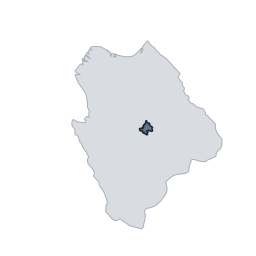 Kachia, Kaduna, Nigeria (highlighted), rotated 134°
{"feature_id": "59680162B32850327292174", "entity_name": "Kachia", "entity_type": "district", "adm_level": 2, "iso_a3": "NGA", "parent_name": "Nigeria", "parent_adm1": "Kaduna", "projection": "equal_earth", "projection_center": [7.682, 9.854], "detail": "fine", "context": "in_parent", "style": "filled", "palette": "slate", "viewbox_px": 256, "rotation_deg": 134, "n_neighbors": 0, "source": "geoboundaries", "source_scale": "gbopen_adm2", "svg_char_len": 5924}
<svg xmlns="http://www.w3.org/2000/svg" viewBox="0 0 256 256"><g transform="rotate(134 128 128)"><path d="M191.2,48.1L197.1,58.8L198.4,66.8L198.9,70.7L199.9,71.2L201.7,71.4L203.0,72.2L203.8,73.5L204.3,74.7L204.4,75.5L204.1,80.2L203.6,82.0L203.9,84.3L203.8,85.4L203.6,86.0L202.8,86.8L201.7,87.6L199.1,89.9L198.4,90.2L197.3,90.3L196.3,90.9L195.2,92.1L192.7,96.7L190.7,101.3L189.2,108.8L187.3,111.1L187.0,113.2L186.7,117.9L186.5,119.3L186.2,119.7L184.2,120.6L183.0,121.6L182.3,123.8L181.5,131.0L181.2,132.2L180.5,133.4L179.5,134.7L178.6,135.5L176.3,136.0L174.2,141.4L174.2,142.4L173.2,147.3L171.6,151.0L171.4,153.4L169.4,156.7L168.3,158.9L169.4,161.2L169.5,161.6L165.9,165.5L165.7,166.1L165.5,168.8L165.2,169.6L164.6,170.6L163.6,171.7L162.6,172.5L161.5,173.1L160.4,173.3L159.8,173.0L159.5,172.2L158.8,168.8L158.5,168.1L157.8,167.5L155.0,163.8L153.4,162.5L153.0,162.6L152.7,162.9L152.2,164.8L151.8,165.5L150.9,165.7L149.3,165.7L148.2,165.5L147.9,165.1L147.4,163.7L143.9,167.0L142.7,167.7L141.2,171.7L139.0,173.7L137.5,175.4L133.5,180.8L132.7,182.3L131.9,184.7L130.2,194.8L127.4,201.2L127.0,202.5L126.9,202.5L126.5,203.0L125.4,202.7L124.9,201.5L124.3,201.3L123.1,199.6L122.9,199.9L124.1,204.2L123.6,205.9L120.2,206.0L117.3,206.5L115.3,206.5L114.3,205.9L113.8,204.2L113.6,204.4L113.5,205.3L112.9,206.0L110.6,206.1L109.6,205.0L108.8,203.7L108.0,203.2L108.1,203.7L109.1,204.9L109.0,206.7L107.1,208.7L106.0,208.8L105.3,208.0L104.9,206.5L104.7,204.4L104.2,203.0L104.3,205.3L104.3,207.5L105.2,209.1L103.8,209.6L102.2,209.7L102.0,209.1L101.8,207.7L101.6,207.4L101.2,209.7L97.9,210.3L97.5,210.2L97.4,209.8L97.6,209.2L97.6,208.1L96.9,208.9L96.7,210.5L96.3,210.8L95.1,210.6L93.7,209.7L91.5,207.7L88.8,204.4L88.3,202.9L87.6,201.1L86.2,196.0L86.4,195.8L87.0,196.1L87.3,195.6L86.2,195.2L86.0,194.9L85.9,193.8L86.0,192.4L87.7,191.7L88.1,190.9L88.3,190.0L86.2,191.3L84.2,189.9L83.8,189.0L84.0,188.3L86.3,188.3L87.1,187.6L86.6,187.4L85.7,187.4L85.4,187.0L85.4,186.0L85.2,186.2L84.8,187.1L83.5,187.8L82.7,187.1L82.6,185.6L82.4,185.0L81.8,184.4L79.5,180.5L76.5,177.2L73.9,174.9L70.0,173.8L61.8,173.8L61.3,173.5L61.8,173.0L62.6,172.6L65.2,170.8L64.8,170.6L62.0,171.7L61.1,171.8L59.8,174.0L51.7,174.5L51.8,173.5L52.1,170.6L52.6,168.6L52.1,166.1L52.0,163.9L52.3,163.3L52.4,162.4L52.4,156.8L52.8,155.9L52.8,155.3L52.0,152.9L52.0,151.1L51.9,149.3L51.6,148.5L51.9,141.6L51.8,139.9L52.1,138.6L52.3,135.7L52.3,132.8L52.8,128.2L56.3,127.6L57.1,125.8L57.6,123.5L57.5,121.2L58.6,119.2L60.0,117.5L59.9,115.6L60.3,115.0L61.0,114.5L61.9,114.3L62.9,113.3L63.5,111.7L64.1,109.0L63.2,107.1L63.2,106.7L63.6,105.7L64.1,104.7L64.5,104.4L65.5,104.6L65.9,104.2L66.5,101.3L66.5,100.5L65.5,98.5L65.0,93.1L64.8,92.4L64.1,91.5L62.2,87.7L62.2,85.9L63.0,83.6L63.6,82.5L64.3,81.9L64.4,81.4L64.2,80.8L63.9,80.3L63.8,79.3L64.2,77.8L64.1,76.3L64.3,68.2L65.9,66.6L68.1,64.0L69.3,61.3L70.0,59.2L70.8,52.3L72.0,51.6L74.3,49.1L77.4,47.6L79.4,47.1L82.9,47.4L84.7,47.2L86.2,45.8L86.9,45.4L87.9,45.2L96.7,48.8L97.5,48.6L98.2,48.9L99.3,49.8L101.9,53.1L104.6,58.3L105.4,59.4L106.3,60.0L107.1,60.2L107.8,60.2L108.4,59.7L109.3,58.7L110.6,58.2L111.6,58.3L117.1,54.4L117.6,54.3L121.0,55.2L125.6,59.1L129.4,61.7L132.0,62.6L135.1,63.2L140.4,63.4L144.4,57.8L145.9,56.6L147.6,55.5L151.3,54.5L157.5,53.8L163.3,54.1L166.8,55.1L170.6,56.9L172.3,58.6L174.8,58.9L176.7,58.5L177.3,56.8L179.1,54.6L181.8,52.5L184.1,51.0L185.9,50.3L187.6,48.7L188.9,48.1L191.2,48.1ZM110.8,208.4L109.6,208.9L108.8,208.8L109.9,206.5L110.5,207.0L111.2,207.2L110.8,208.4Z" fill="#d9dde1" stroke="#a8b0b8" stroke-width="1"/><path d="M110.2,120.0L110.4,120.0L110.5,120.0L110.9,119.9L110.9,119.6L110.9,119.3L110.9,119.2L111.0,119.1L111.3,119.0L111.5,119.0L111.8,119.0L112.2,118.9L112.4,118.8L112.5,118.8L112.6,118.6L112.8,118.4L112.9,118.5L113.0,118.6L113.3,118.6L113.5,118.8L113.8,118.6L114.0,118.8L114.2,119.0L114.3,119.0L114.5,118.9L114.9,118.7L115.0,118.5L115.1,118.4L115.3,118.2L115.5,118.1L115.7,118.3L115.8,118.3L116.0,118.4L116.1,118.6L116.4,118.5L116.6,118.1L116.6,117.7L116.6,117.4L116.9,117.3L117.0,117.3L117.3,117.7L117.5,117.8L117.7,117.2L117.9,117.0L118.1,117.0L118.1,117.3L118.3,117.4L118.6,117.4L118.6,117.6L118.8,118.0L118.9,117.9L119.1,117.9L119.2,118.0L119.3,118.1L119.4,118.4L119.5,118.4L119.5,118.5L119.9,118.8L119.9,119.0L120.0,119.1L120.3,119.2L120.5,119.1L120.7,118.9L120.8,119.0L120.9,118.9L121.0,118.8L121.0,118.7L121.0,118.4L121.3,118.2L121.4,117.9L121.5,117.7L121.5,117.3L121.4,117.3L121.3,117.0L121.2,116.8L121.0,116.7L120.9,116.5L120.7,116.4L120.7,116.2L120.8,115.9L120.7,115.7L120.4,115.6L120.2,115.5L120.1,115.2L120.4,114.9L120.5,114.7L120.7,114.4L120.9,114.1L121.0,113.7L120.9,113.7L120.9,113.4L120.8,113.1L120.7,113.3L120.6,113.2L120.6,112.9L120.4,112.6L120.0,112.6L120.0,112.2L120.2,111.5L120.2,111.1L120.0,110.8L119.9,110.8L119.8,110.7L119.6,110.4L119.6,110.2L119.8,110.1L119.8,109.7L119.5,109.7L119.2,109.5L119.1,109.9L118.6,110.3L118.5,110.6L118.2,110.6L117.9,110.5L117.6,110.5L117.4,110.8L117.2,110.9L117.3,111.1L117.3,111.3L117.3,111.8L117.2,111.7L117.0,111.8L116.8,111.8L116.8,112.0L116.6,112.1L116.4,111.5L116.3,111.4L116.1,111.4L115.9,111.5L115.5,111.5L115.4,111.5L115.1,111.5L115.0,111.0L114.9,110.1L114.7,110.0L114.2,109.0L114.1,108.8L114.0,108.6L113.7,108.5L113.6,108.4L113.0,108.5L112.7,108.6L112.5,109.0L112.3,109.3L112.2,109.5L112.1,109.8L112.0,110.0L111.9,110.1L111.8,110.3L111.6,110.4L111.5,110.5L111.4,110.6L111.1,110.7L110.9,110.8L110.7,111.1L110.5,110.9L110.4,111.0L110.5,111.3L110.6,111.5L110.6,111.8L110.6,112.0L110.6,112.4L110.7,112.5L110.7,112.8L110.7,113.0L110.8,113.3L110.8,113.7L110.8,113.8L110.8,114.0L110.8,114.3L110.7,114.5L110.8,114.8L110.8,115.0L110.7,115.4L110.5,115.5L110.4,115.5L110.4,115.4L110.2,115.3L109.9,115.4L109.8,115.5L109.7,115.5L109.7,115.8L109.8,116.1L110.3,116.7L110.6,117.1L110.7,117.5L110.8,117.8L110.9,118.2L110.8,118.4L110.3,118.8L110.2,119.1L110.0,119.3L110.2,119.8L110.2,120.0Z" fill="#64748b" stroke="#1e293b" stroke-width="1.5"/></g></svg>